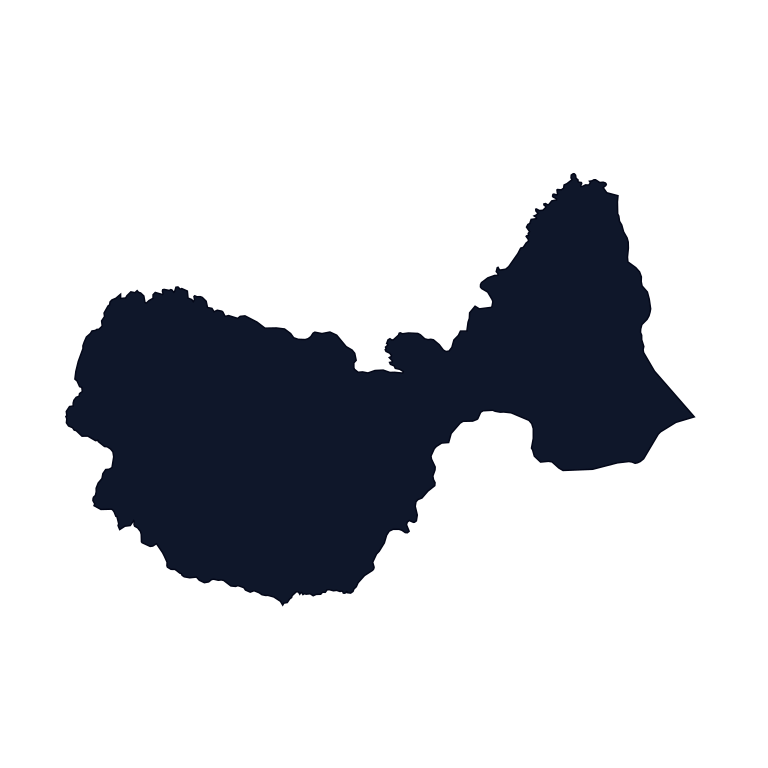 outline of Same, Manufahi, East Timor, rotated 277°
{"feature_id": "22284137B41872156490215", "entity_name": "Same", "entity_type": "district", "adm_level": 2, "iso_a3": "TLS", "parent_name": "East Timor", "parent_adm1": "Manufahi", "projection": "mercator", "projection_center": [125.715, -9.045], "detail": "fine", "context": "isolated", "style": "filled", "palette": "ink", "viewbox_px": 768, "rotation_deg": 277, "n_neighbors": 0, "source": "geoboundaries", "source_scale": "gbopen_adm2", "svg_char_len": 6132}
<svg xmlns="http://www.w3.org/2000/svg" viewBox="0 0 768 768"><g transform="rotate(277 384 384)"><path d="M425.8,307.4L422.1,305.6L419.7,303.1L418.5,300.4L417.9,293.4L418.9,288.7L422.7,285.2L426.5,278.6L426.5,270.3L424.9,259.1L430.0,250.4L434.7,237.7L433.6,233.0L431.3,230.8L433.0,221.4L431.9,218.6L432.2,217.7L435.8,215.3L436.5,214.2L436.9,209.5L435.0,206.5L438.1,204.0L438.4,199.5L444.5,197.4L447.8,193.1L448.3,191.1L447.8,187.7L448.5,185.4L447.7,184.7L444.6,185.7L442.5,184.6L444.4,182.9L445.4,179.0L452.3,177.5L454.1,171.6L453.4,170.6L453.6,169.7L455.2,167.7L454.7,165.7L450.7,165.0L449.4,164.2L451.5,162.0L451.7,160.9L450.7,159.4L451.1,154.2L450.6,152.9L449.2,152.7L446.7,153.7L445.8,153.3L447.0,145.8L444.5,143.9L440.9,144.3L438.2,140.6L435.3,138.2L435.8,136.8L442.1,134.9L444.7,131.4L445.1,129.2L446.6,127.6L444.3,125.7L444.6,121.5L440.3,118.1L437.9,117.1L436.8,112.2L441.0,111.6L436.4,107.4L434.3,103.7L432.1,102.1L429.1,102.0L427.9,100.6L420.3,97.5L416.9,98.4L412.2,96.0L407.5,97.2L406.6,96.8L403.5,94.3L403.2,92.3L402.0,91.0L401.0,87.6L398.4,86.5L394.4,82.9L389.0,81.3L385.2,80.5L382.5,80.9L369.1,77.8L358.9,76.6L351.2,76.6L349.6,79.0L344.3,82.2L343.8,84.5L339.7,85.5L337.5,83.0L334.7,82.8L333.3,80.1L330.1,78.2L327.2,77.8L324.3,78.2L323.3,74.6L318.0,72.0L313.8,73.1L313.1,72.2L310.7,73.4L306.8,73.5L303.9,76.0L302.7,80.2L300.5,82.1L300.2,84.2L295.4,90.6L296.2,96.2L292.6,104.6L293.3,106.7L292.0,107.5L287.9,114.2L288.0,116.9L286.2,120.5L283.6,123.2L278.8,124.6L267.9,124.2L265.9,121.6L265.2,118.2L260.8,115.9L255.8,115.6L250.9,112.4L245.5,111.0L241.8,111.5L238.2,111.1L236.3,109.5L234.9,109.2L232.8,109.3L229.8,111.5L227.9,111.0L225.0,118.3L226.5,128.4L226.2,129.8L224.2,131.7L220.0,134.0L219.8,135.1L213.0,137.7L211.1,137.3L207.3,139.4L211.3,144.2L212.6,149.4L218.0,152.2L217.4,152.8L214.1,153.0L212.5,153.8L211.2,157.0L207.9,160.3L205.1,161.4L197.8,162.5L197.0,163.3L194.3,171.7L195.0,174.3L197.8,177.6L189.6,184.8L186.3,187.0L180.7,190.4L177.1,190.7L175.8,191.4L174.1,195.2L174.5,199.2L171.4,204.4L171.1,206.0L169.5,206.9L168.3,209.2L168.0,214.8L169.5,221.4L166.7,224.6L164.9,229.9L166.2,234.1L168.9,236.7L169.5,238.8L169.0,243.5L169.7,246.3L169.5,248.8L164.9,256.6L165.0,261.4L166.0,263.3L165.9,264.8L164.8,269.7L162.6,271.6L161.1,276.6L163.0,280.2L161.6,285.5L160.0,288.5L159.7,292.4L160.1,294.5L159.2,300.6L155.7,307.7L152.2,310.4L154.3,311.3L155.3,314.6L159.2,316.6L160.8,318.3L162.7,318.6L167.2,322.4L167.1,324.5L165.1,326.0L166.3,326.6L167.0,327.7L165.1,329.2L166.2,330.6L165.9,332.3L166.8,336.3L165.2,339.5L166.9,342.3L167.6,346.8L169.8,348.3L170.1,351.1L172.8,352.6L173.2,354.9L172.6,359.0L173.4,362.2L172.7,365.6L173.3,367.2L173.0,368.3L171.5,369.1L171.6,370.7L173.5,372.4L173.1,373.1L172.4,373.0L172.4,376.4L174.3,378.5L176.8,379.1L179.4,381.2L183.6,382.5L191.5,388.0L197.7,395.4L199.2,396.3L200.9,396.5L205.7,394.5L214.3,397.3L217.4,399.6L226.3,403.7L234.2,405.0L238.6,407.1L240.9,410.8L241.6,416.7L241.0,419.6L239.1,423.2L239.2,425.3L240.9,426.9L247.0,423.5L249.7,423.9L251.6,425.7L250.3,430.0L250.5,431.1L252.1,432.8L258.0,433.0L266.4,429.9L271.0,430.1L273.4,431.8L275.5,435.6L283.0,440.6L289.3,446.8L292.3,446.7L295.1,444.8L298.6,443.7L304.9,445.1L307.9,444.9L315.2,440.3L318.2,439.4L325.9,441.8L328.4,443.6L332.4,448.4L333.8,455.3L343.1,456.7L354.4,464.3L356.6,467.0L358.0,476.6L360.2,480.6L360.9,481.3L367.7,483.4L369.5,485.6L371.2,495.1L370.5,497.6L370.2,502.7L370.8,506.2L370.9,513.7L365.6,532.3L362.6,535.5L357.9,537.6L348.2,538.8L338.3,538.2L336.7,539.5L330.7,542.0L325.6,548.9L327.3,556.6L327.2,560.2L321.9,567.8L320.0,572.2L324.8,601.5L334.2,625.3L336.9,636.5L336.8,639.7L335.9,642.9L336.7,645.2L338.3,647.8L341.4,650.8L367.6,662.3L370.2,664.3L381.5,678.4L389.2,696.0L429.7,650.9L446.9,637.8L449.7,637.0L452.9,637.3L459.3,634.4L463.8,633.8L466.5,632.3L469.9,632.1L474.4,632.7L480.2,637.2L483.9,638.7L487.7,639.3L491.1,639.5L500.6,636.9L507.4,634.2L512.8,628.2L517.0,626.8L521.7,626.4L526.4,624.0L530.2,619.7L534.9,611.2L539.6,610.2L548.6,610.0L554.6,609.1L558.6,607.5L564.2,603.3L570.8,600.6L574.3,597.9L579.3,596.6L581.4,595.2L593.2,593.5L599.4,593.3L601.0,581.8L605.6,577.6L608.1,580.0L609.4,580.3L610.5,579.3L611.0,577.0L610.3,573.6L612.5,569.1L612.3,567.5L611.0,565.7L610.3,563.2L608.8,564.4L606.4,562.9L606.2,559.7L604.5,557.3L604.0,555.3L604.9,555.0L607.0,555.8L608.0,555.4L608.1,552.4L609.0,551.7L610.1,551.8L611.7,549.5L614.6,548.7L615.8,547.4L615.8,546.2L614.2,544.4L611.3,544.5L609.8,545.8L605.1,541.1L603.5,538.5L600.2,538.4L598.3,536.2L598.2,532.5L597.7,532.0L593.6,533.1L592.7,532.5L593.2,529.5L592.8,528.6L591.0,528.4L590.3,528.9L588.8,532.8L587.7,532.8L586.2,528.2L582.2,525.7L581.8,524.6L582.8,522.3L582.1,520.7L581.0,521.1L579.9,523.0L578.9,523.0L575.8,520.5L575.1,517.1L576.3,514.0L576.0,513.3L574.2,513.7L572.2,516.0L570.4,514.7L569.1,512.5L567.9,514.9L566.7,515.2L565.3,510.0L561.1,509.1L559.9,507.4L557.1,506.3L552.9,510.0L551.1,508.8L549.0,509.3L548.4,507.4L547.8,507.1L545.4,509.4L543.3,510.0L541.3,507.9L536.6,505.6L535.5,503.1L529.8,501.0L515.7,493.5L512.8,490.8L511.5,486.3L511.3,484.7L513.7,483.0L513.2,482.2L509.2,481.7L507.8,483.4L506.2,484.0L505.5,482.8L505.3,480.7L502.0,474.1L496.5,468.4L494.5,467.7L492.1,467.9L490.7,469.2L487.9,475.7L480.9,481.1L478.9,482.0L473.8,481.7L473.1,481.0L470.2,469.5L472.3,464.9L465.1,460.3L459.5,460.7L455.6,459.9L446.6,459.8L445.8,453.4L441.3,451.9L436.2,448.0L428.6,446.9L424.6,444.5L423.8,441.5L424.9,438.8L429.8,434.0L433.9,427.7L434.1,425.0L433.4,422.3L433.8,419.0L437.3,414.1L438.3,411.4L437.6,402.0L436.1,396.2L436.8,393.9L436.3,392.9L434.2,392.4L428.9,387.8L428.7,386.2L429.7,384.4L428.3,382.6L424.5,381.7L424.4,382.5L423.0,383.0L420.8,381.0L419.2,381.8L418.2,381.0L416.6,382.0L415.3,385.9L413.0,388.0L412.1,387.9L410.9,386.0L407.9,389.6L407.0,389.5L406.1,386.9L404.3,388.0L403.2,391.9L400.9,393.3L400.5,397.8L398.7,401.7L397.1,401.2L396.9,393.1L396.2,388.5L397.7,381.5L396.3,373.4L393.0,366.7L393.4,361.3L392.5,356.9L395.0,352.9L396.5,352.1L401.3,351.5L404.1,353.5L410.9,351.2L413.8,348.2L416.5,341.9L426.7,331.1L429.0,324.0L426.5,316.3L427.0,309.0L425.8,307.4Z" fill="#0f172a" stroke="#020617" stroke-width="1.5"/></g></svg>